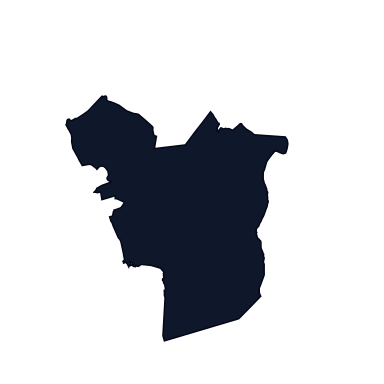 outline of Lagunillas, Michoacán, Mexico, rotated 145°
{"feature_id": "50627088B97893950433241", "entity_name": "Lagunillas", "entity_type": "district", "adm_level": 2, "iso_a3": "MEX", "parent_name": "Mexico", "parent_adm1": "Michoacán", "projection": "orthographic", "projection_center": [-101.412, 19.573], "detail": "fine", "context": "isolated", "style": "filled", "palette": "ink", "viewbox_px": 384, "rotation_deg": 145, "n_neighbors": 0, "source": "geoboundaries", "source_scale": "gbopen_adm2", "svg_char_len": 5971}
<svg xmlns="http://www.w3.org/2000/svg" viewBox="0 0 384 384"><g transform="rotate(145 192 192)"><path d="M210.7,322.1L230.7,318.0L236.5,317.9L244.1,318.2L245.4,319.1L248.0,319.3L249.8,319.5L250.9,320.8L250.6,321.8L251.5,322.6L252.7,322.6L254.0,321.7L255.2,320.1L256.6,319.4L256.9,317.5L256.9,316.3L257.3,314.7L257.2,313.3L257.4,311.9L257.6,310.8L257.7,308.7L259.3,305.4L261.1,303.0L261.8,302.1L262.8,299.9L263.9,297.4L264.6,295.9L265.4,287.9L265.8,284.5L266.1,283.4L266.4,279.7L266.7,276.6L261.0,274.0L258.9,272.5L256.9,266.4L256.9,265.1L255.6,265.4L254.1,265.8L253.0,265.8L251.7,265.5L250.7,264.7L249.9,263.9L249.5,263.1L249.0,261.8L249.0,260.5L248.9,259.4L248.9,258.1L248.9,257.4L249.4,256.4L249.8,255.4L250.5,254.1L251.0,253.4L251.5,253.2L252.1,252.9L253.0,252.6L253.5,252.2L253.9,251.7L254.1,251.0L254.1,250.1L253.8,249.2L253.1,248.0L252.9,247.5L252.7,247.2L252.8,246.8L253.1,246.7L255.3,247.3L262.7,249.2L263.9,249.2L265.0,249.4L266.9,249.5L267.4,249.7L268.0,249.4L270.7,248.2L271.9,248.2L272.3,248.0L271.9,247.7L271.5,247.4L271.1,247.1L270.5,246.4L269.8,245.6L269.1,245.3L268.3,245.3L267.8,244.9L267.6,244.6L267.3,244.1L267.3,243.8L267.3,243.5L267.3,243.2L267.4,242.9L267.7,242.5L270.2,237.4L257.0,233.0L258.7,230.6L257.8,229.9L257.0,228.9L253.7,223.2L253.1,222.4L254.4,221.8L256.8,220.7L258.4,220.2L259.1,220.0L259.7,220.0L260.1,220.0L260.6,220.1L261.0,220.4L262.0,220.6L262.3,220.7L263.8,221.1L264.2,221.2L265.9,221.7L266.1,221.9L266.4,221.5L266.8,221.4L267.9,220.8L268.8,219.9L269.4,219.3L270.2,218.4L270.5,218.1L270.7,217.8L270.9,217.9L273.7,218.9L275.1,214.7L274.9,214.6L275.1,213.8L275.0,213.2L276.1,209.1L278.6,196.7L278.3,194.5L278.5,193.5L278.7,192.2L283.1,181.7L286.2,175.1L288.1,174.8L287.9,174.5L288.3,174.3L288.8,173.0L286.3,172.1L286.3,169.7L286.7,167.2L286.5,167.4L283.3,166.8L282.5,164.5L282.3,164.2L281.4,164.1L281.3,163.3L281.2,163.2L279.9,163.3L278.5,161.8L275.1,161.8L270.2,157.6L267.6,155.3L264.7,151.7L261.8,148.0L261.5,147.6L261.4,147.0L261.3,146.0L261.3,145.4L261.3,145.1L261.2,144.6L261.1,144.4L261.1,144.0L261.1,143.7L261.0,143.1L261.1,142.8L261.6,141.8L261.7,141.7L261.8,141.6L262.0,141.6L262.3,141.5L262.4,141.3L262.5,141.1L262.6,140.8L263.2,139.9L263.5,139.3L263.7,139.0L263.8,138.7L263.8,138.4L263.9,138.2L264.1,138.1L264.3,137.9L264.4,137.7L264.5,137.7L265.3,137.7L265.7,137.7L266.1,137.4L266.1,137.2L266.3,137.0L266.5,136.9L266.6,136.7L266.8,136.4L266.8,136.0L266.7,135.9L266.7,135.7L266.7,134.9L266.9,134.5L267.1,134.1L267.4,133.6L267.5,133.4L267.5,133.2L267.4,132.8L267.3,132.5L267.3,132.0L267.5,131.7L268.6,129.3L269.4,127.6L269.6,127.4L269.8,127.3L270.2,127.3L270.5,127.3L270.8,127.3L271.2,127.2L271.4,127.1L271.7,126.4L272.3,125.4L272.7,124.8L273.5,123.8L274.0,122.9L274.7,120.8L298.2,91.0L300.0,85.9L226.4,61.4L210.5,64.3L195.5,67.2L195.3,68.3L195.1,69.3L194.9,70.1L194.4,71.2L193.9,72.1L193.3,72.9L193.0,73.5L192.2,74.4L191.5,75.1L190.8,75.5L188.8,76.8L180.5,82.6L178.2,85.9L176.1,88.9L175.3,90.0L174.8,90.8L174.4,91.4L174.2,92.0L174.0,92.7L173.8,93.4L173.2,94.2L172.9,94.5L172.4,94.9L172.3,95.1L172.0,95.4L171.8,95.5L171.5,95.9L171.2,96.0L170.9,96.3L170.5,97.2L170.3,98.5L170.0,99.0L169.6,99.2L169.3,99.4L169.1,99.8L169.0,101.1L168.5,102.3L168.2,104.0L167.9,105.3L167.7,106.1L167.7,106.4L166.9,107.5L166.1,108.8L165.0,110.3L164.3,111.6L164.0,112.1L163.9,112.3L163.9,112.5L164.0,112.7L164.1,112.8L164.1,113.0L164.1,113.3L164.3,115.4L164.5,116.1L164.6,117.0L164.5,117.5L164.3,118.1L164.2,118.3L164.1,118.6L164.1,118.8L164.1,119.1L164.2,119.4L164.1,119.6L163.9,119.7L163.6,119.7L163.5,120.1L163.3,120.8L163.3,121.1L163.2,121.1L162.6,121.6L162.3,121.6L162.2,121.7L162.1,121.8L162.1,122.0L162.1,122.7L162.0,123.1L161.7,123.6L161.4,123.8L161.1,124.0L160.8,124.4L160.4,124.8L159.8,125.1L159.3,125.4L159.0,125.5L158.6,125.5L157.7,125.6L157.3,125.6L156.7,126.0L155.7,126.6L155.1,127.1L154.6,127.6L154.1,127.8L153.6,127.8L153.2,128.0L152.0,128.6L151.0,129.3L149.8,130.0L148.9,130.5L147.4,131.2L146.0,132.1L144.7,133.0L142.2,134.8L138.5,137.3L137.4,138.5L135.1,140.4L134.8,140.9L134.7,141.4L134.6,142.3L133.8,143.3L132.4,145.6L131.7,146.9L131.5,147.5L130.9,147.5L130.7,147.7L130.5,147.9L130.4,148.3L130.1,148.7L130.1,149.0L130.1,149.4L130.1,150.0L130.0,150.3L129.5,150.8L129.4,151.0L129.0,152.1L128.7,153.2L128.6,154.1L128.3,154.8L128.1,155.7L127.9,157.2L127.8,157.5L127.6,158.3L127.0,159.8L126.7,160.4L126.7,161.0L126.5,161.4L125.6,162.7L125.2,163.3L124.0,165.0L123.7,165.4L123.4,165.7L123.2,166.1L123.0,166.7L122.4,167.1L122.3,167.3L121.0,168.1L119.6,169.0L114.3,173.3L113.8,173.7L112.7,174.2L110.3,175.2L107.9,175.9L105.5,176.7L103.1,177.3L100.6,178.0L100.2,177.6L99.4,177.0L98.9,176.5L98.3,175.4L96.7,172.8L96.2,172.1L96.0,171.8L95.6,171.4L95.1,171.0L94.7,170.7L94.2,170.6L93.5,170.4L93.1,170.2L91.0,171.6L88.7,173.5L85.9,176.4L84.2,179.8L84.0,183.6L108.2,203.2L109.1,207.0L111.5,212.4L111.9,214.5L112.3,216.5L112.5,218.0L112.4,218.8L112.2,219.4L112.6,219.9L113.3,220.2L113.7,220.3L114.1,220.2L114.6,220.3L115.5,219.8L116.0,219.9L123.3,219.2L125.2,222.5L126.9,223.8L127.7,224.3L128.1,225.0L129.0,225.2L129.8,225.4L130.2,225.9L130.7,226.6L131.0,227.0L131.0,227.4L131.4,227.8L131.8,228.0L132.6,227.7L133.9,227.2L134.5,227.3L134.9,226.6L135.5,225.9L135.9,226.7L136.5,227.1L136.1,227.8L135.7,228.5L135.2,229.2L134.7,229.7L134.0,230.4L132.6,231.0L132.3,231.3L131.1,231.6L130.7,232.1L130.5,233.0L130.9,233.3L131.2,233.6L131.2,234.1L130.8,237.5L130.8,240.1L130.8,240.9L130.5,243.0L130.8,247.1L142.8,243.2L155.3,239.4L166.1,235.8L170.5,234.4L197.9,249.1L189.2,258.0L190.0,259.1L190.6,259.9L190.5,260.8L188.9,264.7L188.1,266.0L187.1,267.1L186.9,268.1L187.9,272.7L189.5,279.2L191.4,286.5L195.1,290.2L199.1,296.1L201.9,304.6L204.6,309.2L207.1,312.8L208.3,314.1L209.1,315.4L209.0,316.5L207.8,318.1L207.4,319.6L208.1,320.5L209.3,320.6L210.4,321.5L210.7,322.1ZM283.3,166.8L284.0,167.5L282.7,169.6L282.7,170.3L282.2,169.8L282.4,169.5L281.4,168.4L281.8,168.0L281.3,166.2L283.3,166.8Z" fill="#0f172a" stroke="#020617" stroke-width="1.5"/></g></svg>